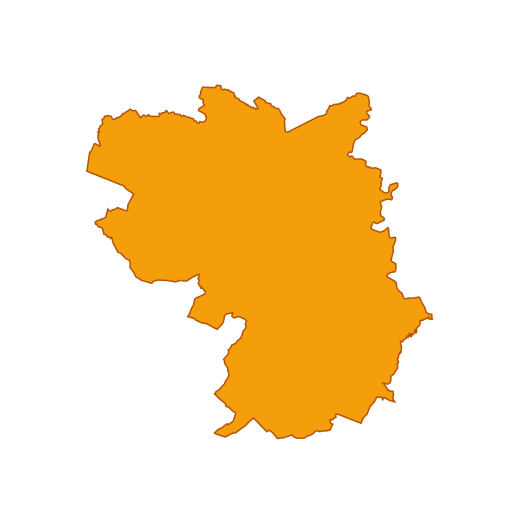 outline of Colotlán, Jalisco, Mexico, rotated 194°
{"feature_id": "50627088B8833204369872", "entity_name": "Colotlán", "entity_type": "district", "adm_level": 2, "iso_a3": "MEX", "parent_name": "Mexico", "parent_adm1": "Jalisco", "projection": "mercator", "projection_center": [-103.289, 22.099], "detail": "fine", "context": "isolated", "style": "filled", "palette": "amber", "viewbox_px": 512, "rotation_deg": 194, "n_neighbors": 0, "source": "geoboundaries", "source_scale": "gbopen_adm2", "svg_char_len": 6068}
<svg xmlns="http://www.w3.org/2000/svg" viewBox="0 0 512 512"><g transform="rotate(194 256 256)"><path d="M251.4,73.6L242.1,72.9L235.9,78.4L233.0,79.5L225.1,89.1L221.9,94.6L219.0,98.1L203.1,88.2L201.2,90.1L197.7,89.0L191.0,84.1L184.8,86.6L177.9,91.1L175.4,89.6L171.8,89.1L164.8,91.2L162.3,94.1L160.2,95.0L157.2,97.9L156.2,100.4L154.6,101.1L151.6,101.0L147.5,103.1L146.1,102.9L141.7,105.4L141.6,108.7L140.7,111.3L143.0,111.9L144.8,114.8L142.3,115.6L141.5,116.2L141.1,118.0L139.4,118.6L140.3,121.0L138.9,122.4L113.6,119.1L112.7,125.0L109.9,129.7L109.0,137.2L106.0,142.8L104.6,148.3L99.8,149.4L98.4,147.3L97.4,149.8L91.9,148.2L86.2,148.0L88.2,149.9L89.3,152.0L88.8,153.9L90.2,157.7L95.8,157.5L95.7,158.4L101.9,163.5L97.3,163.5L95.8,164.7L95.0,166.9L96.0,172.0L93.7,174.8L91.6,181.5L91.6,182.9L93.0,185.1L91.9,187.0L93.9,190.5L93.3,191.2L93.6,194.5L92.8,195.6L93.3,196.6L93.0,197.4L92.5,197.0L92.0,197.8L92.9,203.1L94.7,206.2L94.5,207.5L95.1,208.2L92.7,208.4L92.8,209.7L89.7,213.3L90.2,213.8L88.4,214.0L88.3,214.7L89.3,215.3L88.1,215.8L88.4,217.3L86.8,215.9L86.6,218.3L86.2,218.3L85.7,215.9L83.7,220.1L83.9,222.9L83.3,222.7L82.4,220.1L81.7,220.6L82.7,224.5L80.5,228.7L80.5,231.0L81.2,233.0L78.3,234.1L77.7,235.3L75.3,236.4L73.8,238.6L72.6,236.5L71.7,237.4L70.5,237.0L69.5,237.6L70.5,238.7L71.2,241.8L74.7,241.7L77.3,242.6L79.9,247.0L84.4,251.5L87.1,255.4L88.8,255.3L92.5,253.4L97.5,252.2L101.2,250.5L102.6,251.1L105.2,254.9L109.5,257.2L111.8,259.3L113.2,263.5L114.8,265.0L124.2,267.7L123.6,270.5L120.8,272.9L117.5,274.2L117.0,276.4L118.3,282.1L123.2,283.7L123.9,284.7L124.0,294.5L125.3,297.6L124.4,304.4L124.9,307.4L126.6,307.7L128.7,305.9L130.4,306.2L131.9,308.0L133.7,313.9L135.0,315.5L137.4,311.8L141.0,309.1L148.0,309.6L151.3,310.5L150.8,316.2L149.9,317.6L147.7,316.6L146.4,316.7L140.3,321.9L140.8,323.8L144.9,325.4L145.9,328.4L146.1,334.7L147.7,336.6L148.4,338.7L143.7,342.3L140.7,343.4L138.5,343.2L137.7,344.1L138.0,346.5L140.0,347.8L139.8,351.2L138.8,353.2L137.4,354.0L135.7,356.5L135.3,357.5L135.9,360.6L137.3,361.0L142.8,357.7L143.6,354.9L142.7,350.8L143.4,349.3L144.8,348.5L147.5,348.7L152.2,350.7L151.5,354.3L152.5,358.0L152.1,361.8L155.0,362.8L154.8,366.4L155.7,369.7L160.9,370.5L165.5,369.1L167.6,369.8L170.6,369.6L171.8,371.0L171.9,373.9L173.0,374.9L177.2,375.6L184.0,373.8L186.0,375.7L187.4,376.1L188.6,374.9L191.4,375.9L191.6,377.2L190.9,379.2L188.3,379.8L188.0,380.4L188.5,388.9L187.9,392.5L184.1,396.3L183.1,399.2L180.7,401.2L178.5,405.5L179.8,408.0L185.8,408.6L187.3,410.6L187.2,412.0L186.0,413.6L181.6,414.7L179.8,417.3L179.5,419.1L183.0,421.2L183.5,422.5L182.9,423.7L179.7,425.4L179.7,426.6L182.7,429.0L183.3,433.0L185.8,438.1L187.4,438.7L194.5,439.1L197.3,438.4L198.8,435.0L201.0,434.5L202.9,432.0L205.5,432.0L206.3,428.9L209.8,425.2L211.4,424.7L212.1,423.1L213.1,423.3L217.4,421.6L218.7,420.0L220.9,419.6L221.2,416.5L222.5,413.4L222.0,411.1L224.1,408.9L229.3,406.3L255.2,383.8L256.7,383.6L258.1,384.9L261.0,393.4L260.9,396.1L266.6,400.7L267.7,402.5L270.3,404.6L273.1,403.8L274.5,405.2L277.5,405.4L278.6,407.3L283.3,407.3L284.3,407.6L284.4,408.8L292.0,410.8L295.6,405.9L289.7,399.8L291.5,398.3L292.2,399.1L293.4,398.8L294.3,399.5L297.2,398.9L297.9,399.7L300.4,400.0L300.6,400.9L302.0,400.6L302.9,401.5L304.0,401.0L305.0,402.1L309.2,402.6L309.7,403.7L311.5,404.5L314.5,404.7L314.7,406.1L315.7,406.4L317.2,409.1L318.7,409.0L323.5,410.6L324.0,410.0L326.7,410.3L329.0,409.1L330.1,410.0L331.2,412.5L334.5,412.4L335.5,412.0L336.2,409.5L348.7,406.9L349.5,401.6L348.9,400.0L349.7,397.2L349.2,395.8L347.8,395.2L345.5,395.3L344.0,391.2L342.6,389.6L346.9,385.3L347.1,383.3L340.3,381.5L338.3,379.4L337.3,376.4L338.8,373.3L343.1,372.7L343.3,371.0L344.2,370.6L347.0,372.5L348.9,372.1L349.5,373.8L350.7,374.1L352.6,373.8L354.1,374.6L355.6,373.9L360.4,375.1L361.2,373.6L362.2,373.5L363.7,374.9L369.3,374.2L370.4,375.6L372.4,375.2L374.0,373.6L375.3,373.3L377.9,375.4L378.5,375.2L379.3,373.1L381.8,372.1L382.7,371.0L384.5,370.9L383.4,369.1L384.0,367.9L392.7,365.9L393.5,366.9L394.6,366.9L395.9,365.1L399.3,365.5L401.7,362.3L408.0,368.1L410.7,367.0L413.5,368.1L415.5,365.5L416.7,364.9L418.0,362.6L419.9,361.9L420.1,360.3L421.4,358.5L423.2,356.9L424.7,356.4L426.6,353.9L428.5,354.5L430.6,356.5L433.8,356.3L436.8,354.9L437.0,352.5L438.4,351.2L436.6,346.9L438.7,344.2L438.8,342.3L439.5,341.4L439.1,339.8L438.1,339.4L438.2,338.2L439.4,337.7L438.0,336.8L438.6,334.5L437.2,330.9L433.9,325.9L434.2,324.7L438.9,326.1L440.0,325.7L441.5,316.8L442.5,316.6L440.6,297.3L401.0,292.0L398.7,289.9L389.7,286.5L392.6,274.9L391.9,268.9L393.4,268.5L402.1,269.4L404.0,267.3L406.5,266.1L407.2,264.6L410.1,264.7L411.1,265.6L411.2,257.2L414.1,254.5L415.1,254.6L415.3,253.7L418.8,251.8L420.3,249.7L419.2,248.0L418.0,248.3L417.2,247.1L415.1,246.1L411.8,245.9L410.8,244.3L411.1,243.7L409.5,242.8L409.4,240.5L406.8,240.3L404.5,238.5L401.1,239.0L401.3,237.9L400.1,238.7L398.3,234.7L391.1,226.4L387.7,225.8L382.0,222.1L377.8,221.2L376.5,219.2L375.5,214.3L371.2,210.9L367.5,206.7L361.0,204.7L350.5,204.3L349.4,206.8L344.7,209.1L335.5,210.9L328.3,211.3L322.7,214.4L321.0,214.1L317.0,215.1L313.2,219.4L307.0,224.5L306.2,222.7L307.0,220.3L305.4,218.8L305.0,217.0L305.6,215.6L302.9,212.8L302.3,213.3L301.6,211.3L300.0,212.0L297.9,209.7L296.4,209.4L296.4,206.7L304.0,200.7L305.0,199.2L304.8,192.8L305.8,190.4L306.5,183.9L307.6,180.7L300.2,180.3L298.9,179.2L292.7,178.0L287.7,178.4L276.0,175.4L272.3,181.9L271.7,184.4L272.0,190.6L270.7,192.5L264.9,195.3L264.8,191.6L263.0,190.7L261.6,190.8L259.2,192.7L257.3,193.0L252.4,192.2L249.5,190.9L250.0,187.3L248.9,186.4L248.4,183.6L250.4,179.9L250.3,176.4L251.1,172.5L253.9,168.6L254.3,166.5L257.8,163.9L258.9,159.6L260.3,158.1L259.3,156.7L259.3,154.1L262.5,147.8L261.0,146.6L260.5,144.3L256.4,140.5L255.6,137.6L254.0,135.6L253.5,133.5L254.0,130.1L255.3,127.4L255.6,124.4L259.5,117.3L262.0,114.8L262.0,113.2L263.0,112.3L255.7,107.9L250.2,105.6L248.6,102.7L246.4,102.9L240.0,99.4L238.9,99.4L237.8,98.7L237.6,97.4L238.2,90.1L242.3,85.4L243.1,86.2L244.2,85.6L247.3,81.3L250.5,78.8L253.5,74.3L251.4,73.6Z" fill="#f59e0b" stroke="#b45309" stroke-width="1.5"/></g></svg>